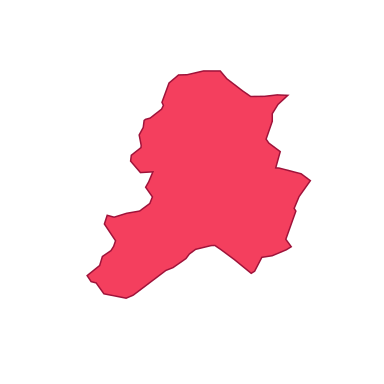 Damagaram Takaya, Zinder, Niger (Equal Earth projection), rotated 54°
{"feature_id": "23599985B91194911882215", "entity_name": "Damagaram Takaya", "entity_type": "district", "adm_level": 2, "iso_a3": "NER", "parent_name": "Niger", "parent_adm1": "Zinder", "projection": "equal_earth", "projection_center": [9.461, 14.063], "detail": "fine", "context": "isolated", "style": "filled", "palette": "rose", "viewbox_px": 384, "rotation_deg": 54, "n_neighbors": 0, "source": "geoboundaries", "source_scale": "gbopen_adm2", "svg_char_len": 1054}
<svg xmlns="http://www.w3.org/2000/svg" viewBox="0 0 384 384"><g transform="rotate(54 192 192)"><path d="M130.9,223.5L146.0,222.3L152.7,211.8L158.3,221.0L160.9,226.7L172.7,226.9L176.5,232.9L176.6,245.6L170.8,257.4L166.6,269.8L161.0,274.3L166.4,281.7L186.5,282.5L189.9,287.3L191.8,292.0L191.5,302.4L197.2,309.9L198.0,326.0L205.2,326.3L209.2,323.0L222.6,323.1L239.2,307.7L240.9,300.1L240.1,259.2L242.0,251.8L242.3,236.0L240.6,230.6L240.5,222.8L246.6,208.0L248.7,204.9L255.8,202.4L271.4,197.5L292.6,191.9L292.9,187.9L285.9,173.9L290.7,164.6L294.2,149.6L294.6,143.9L285.4,143.9L268.5,119.2L265.3,119.0L258.6,108.0L252.4,89.6L241.4,93.0L223.8,107.5L221.7,110.1L211.2,96.9L197.6,101.1L192.8,101.0L182.0,85.5L175.8,81.0L171.7,71.0L170.1,57.7L163.5,66.0L157.3,77.0L149.2,88.4L139.8,91.7L120.8,97.3L110.7,98.0L100.8,111.6L94.2,127.1L89.4,134.1L90.3,146.5L101.8,163.6L105.1,164.2L107.1,167.9L107.6,182.4L105.9,186.9L106.0,188.7L111.1,193.5L114.8,201.2L124.4,205.7L126.1,207.2L126.6,219.5L130.9,223.5Z" fill="#f43f5e" stroke="#9f1239" stroke-width="1.5"/></g></svg>